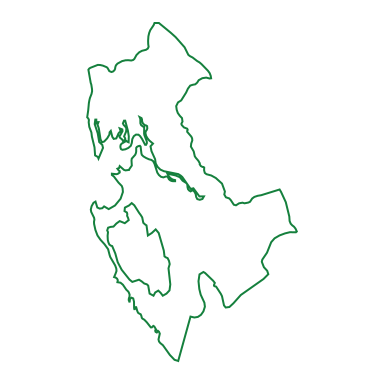 Darién, Robinson projection
{"feature_id": "PAN-1418", "entity_name": "Darién", "entity_type": "Province", "adm_level": 1, "iso_a3": "PAN", "parent_name": "Panama", "parent_adm1": "", "projection": "robinson", "projection_center": [-78.04, 8.154], "detail": "fine", "context": "isolated", "style": "outline", "palette": "green", "viewbox_px": 384, "rotation_deg": 0, "n_neighbors": 0, "source": "natural_earth", "source_scale": "10m", "svg_char_len": 6015}
<svg xmlns="http://www.w3.org/2000/svg" viewBox="0 0 384 384"><path d="M279.6,189.5L281.1,192.0L285.8,202.2L289.3,216.5L289.6,221.0L290.7,223.7L292.2,225.3L294.0,226.7L295.5,228.6L296.8,231.5L295.9,232.3L289.9,232.2L285.0,233.4L279.6,235.4L274.6,238.3L271.2,242.2L267.0,252.7L262.3,259.6L261.8,261.8L263.9,267.2L267.2,270.8L268.3,274.2L263.5,279.0L240.8,295.0L233.4,303.3L229.4,307.0L225.7,307.5L224.0,305.4L222.0,296.2L220.8,293.8L216.3,286.9L215.9,286.5L214.5,286.2L214.0,285.7L214.0,285.0L214.8,282.9L213.2,280.8L205.1,273.0L203.4,272.0L199.5,274.4L198.5,281.2L199.3,289.0L200.7,294.7L204.4,302.7L204.9,306.7L203.4,311.4L201.0,314.8L197.9,316.9L194.4,317.5L190.5,316.6L178.2,361.0L174.5,359.8L169.9,355.0L162.9,345.2L160.3,343.1L159.0,341.5L158.5,339.4L159.8,333.7L159.0,331.8L158.1,331.0L156.8,332.5L155.6,331.9L155.2,330.8L155.5,329.8L156.3,329.9L154.3,326.5L153.3,325.9L151.8,327.4L150.8,327.4L146.8,322.3L144.3,319.7L142.4,318.6L141.8,317.8L141.4,316.0L140.7,314.3L139.1,313.5L138.0,312.7L137.2,310.8L136.2,307.2L135.2,307.2L134.5,309.9L134.1,308.1L134.0,301.7L133.2,298.4L131.5,297.7L129.9,299.1L129.6,302.4L128.7,300.0L128.9,298.3L129.5,296.7L129.6,294.6L128.9,292.7L128.3,291.6L126.3,289.7L122.9,284.7L120.5,282.7L117.4,282.2L117.8,280.2L117.1,278.7L115.7,277.6L114.1,277.1L115.6,273.5L116.5,271.0L116.3,268.6L115.2,265.5L110.3,257.1L109.6,255.0L108.1,249.2L104.5,244.2L100.5,239.8L97.5,235.5L95.4,229.9L94.1,224.0L94.0,221.8L94.4,219.7L94.1,217.8L91.2,211.9L90.8,209.6L91.6,206.2L93.5,202.8L95.5,201.6L97.3,207.5L99.7,208.6L102.3,208.2L104.1,206.4L108.7,209.1L115.0,205.5L120.6,198.7L122.9,192.0L122.6,188.3L121.8,186.0L118.5,182.6L113.8,176.4L111.9,175.0L111.9,173.7L116.3,174.2L117.7,173.9L119.7,172.5L119.7,171.2L118.8,170.6L117.4,168.7L119.1,168.0L119.7,166.1L124.0,169.9L125.5,170.4L129.1,169.9L129.3,169.2L131.8,165.6L131.5,160.5L131.8,158.6L135.2,154.8L135.9,153.1L136.2,151.5L136.2,147.9L136.9,146.9L138.4,146.1L139.9,145.8L140.6,146.6L141.4,153.3L141.8,154.8L143.4,156.4L146.1,158.0L149.0,159.3L151.3,159.9L153.1,161.1L154.5,163.8L157.3,172.6L158.9,175.0L161.0,176.8L163.4,177.4L165.9,176.5L167.6,176.6L168.9,179.2L170.0,180.2L171.4,180.9L172.9,181.2L175.1,181.2L175.1,180.1L172.6,179.5L170.3,178.0L168.5,175.9L167.4,173.7L175.5,175.4L179.8,177.2L182.6,180.7L186.4,183.1L187.3,184.4L187.5,187.1L188.0,189.1L189.0,190.4L190.6,191.4L192.4,190.2L194.2,191.4L195.6,193.9L196.2,197.0L197.3,199.1L199.8,199.8L202.4,199.0L203.9,196.4L199.4,196.4L193.4,188.3L190.6,188.9L182.3,177.0L180.7,175.6L178.3,174.1L163.9,171.2L160.4,169.6L157.6,166.9L155.7,163.4L155.1,159.2L151.5,151.2L150.5,146.3L153.0,143.6L149.3,140.5L147.5,138.3L146.1,135.9L145.4,132.9L145.9,131.1L146.8,129.9L147.3,128.4L147.1,126.1L146.2,125.5L144.7,125.1L142.9,123.4L142.1,121.3L142.0,119.5L141.5,118.1L139.6,117.1L140.3,118.8L140.4,123.4L141.2,125.2L143.4,126.8L144.2,126.9L144.1,133.6L144.4,135.2L146.7,141.1L146.9,143.1L146.1,144.8L145.1,144.8L142.1,139.0L140.1,136.1L138.5,134.7L136.0,134.6L133.8,136.2L132.3,139.1L131.8,142.9L130.8,145.8L128.4,147.9L125.4,149.3L122.4,149.8L121.1,149.2L120.5,147.8L120.4,146.1L120.7,144.8L121.7,143.6L126.4,140.9L127.4,141.8L128.6,142.3L128.8,136.3L127.9,130.7L125.2,120.7L124.0,120.7L122.9,123.4L123.7,125.0L125.2,126.5L126.4,128.4L126.1,131.6L124.1,136.4L125.2,138.4L125.2,139.8L122.9,140.9L122.2,139.5L120.3,138.0L119.7,137.3L119.2,135.7L120.1,135.5L122.5,131.1L122.3,129.4L119.7,128.4L120.5,130.7L120.2,131.8L119.3,132.4L118.5,133.4L116.3,138.4L113.7,138.9L112.3,136.8L110.8,130.9L109.6,132.3L109.4,134.6L107.2,138.3L104.2,141.5L101.9,142.3L100.5,139.2L98.8,128.3L97.5,124.6L98.5,122.1L97.5,122.1L97.5,123.4L96.3,123.4L96.3,119.6L95.3,119.6L94.7,124.1L97.7,133.2L99.2,142.0L102.3,144.9L103.0,147.9L98.5,158.6L97.9,157.0L95.1,155.4L94.5,147.3L91.9,136.6L91.4,132.5L89.3,126.9L88.7,122.3L88.9,119.9L88.3,118.5L87.2,117.3L88.2,110.4L88.9,102.9L89.4,100.2L89.9,98.1L91.5,94.0L92.1,91.2L92.0,89.0L91.3,84.6L90.7,82.8L88.4,69.7L89.2,68.6L90.4,67.8L97.8,64.9L100.1,65.0L102.8,65.6L106.7,67.2L107.7,68.2L109.3,71.1L111.4,72.0L112.9,71.6L114.4,70.3L115.1,68.8L115.3,67.2L115.9,65.4L117.5,63.6L122.1,61.1L125.5,60.3L128.2,60.2L131.3,60.5L133.1,60.0L134.3,59.0L136.5,55.0L139.2,52.3L142.0,50.8L146.0,49.8L147.8,48.6L148.6,46.8L148.2,44.1L148.1,40.8L148.4,36.3L149.2,32.9L150.3,30.1L153.6,25.2L154.5,23.0L158.9,23.0L170.7,32.7L175.6,37.1L184.6,47.3L188.3,54.8L189.9,56.1L192.6,57.5L197.1,61.0L199.5,62.4L201.5,64.1L207.9,70.7L209.7,73.2L210.7,75.8L211.1,78.3L209.6,78.5L206.2,77.6L202.3,78.2L198.7,80.2L197.2,82.6L195.3,84.3L192.7,84.8L190.2,85.6L187.9,88.7L186.1,92.6L181.2,100.4L178.0,102.4L176.2,106.1L176.7,109.8L177.8,113.0L179.8,115.8L182.0,118.1L182.5,121.6L181.4,123.7L181.5,124.5L181.9,125.2L183.9,127.4L187.2,128.7L187.7,129.9L187.2,130.8L187.2,131.8L191.3,136.6L192.1,138.3L192.3,140.4L191.2,143.6L190.9,146.6L193.7,151.4L194.8,156.3L195.8,157.8L198.3,160.7L199.8,163.3L199.7,164.3L200.8,166.0L202.4,166.9L203.4,167.0L204.2,167.5L204.1,170.3L204.8,172.9L206.5,174.2L211.3,175.5L215.8,178.0L222.0,183.6L224.9,191.5L224.3,194.5L225.9,197.3L229.2,198.4L230.7,200.0L233.8,204.7L236.0,205.3L239.1,203.3L242.5,202.7L244.5,203.3L248.2,202.6L250.0,201.8L252.2,198.5L254.4,196.9L257.7,195.8L261.2,195.2L279.6,189.5ZM147.9,235.5L146.5,225.4L144.9,224.3L143.3,222.8L142.2,217.4L140.7,215.0L139.2,213.0L134.3,205.3L131.7,203.1L129.0,205.5L124.9,207.6L124.5,211.1L126.9,212.5L127.3,214.1L127.1,215.8L128.1,218.0L128.7,220.1L124.8,223.2L119.7,221.1L116.4,223.5L113.5,226.6L110.6,226.9L108.1,227.7L107.2,230.4L108.0,232.1L107.6,235.8L107.8,240.0L108.4,242.4L109.4,244.6L111.0,245.7L112.2,246.1L115.3,253.5L117.7,262.2L121.7,269.8L129.5,279.6L132.3,281.9L139.0,279.7L141.7,281.4L144.2,283.5L146.8,284.3L148.2,285.6L149.6,293.6L153.5,295.7L155.2,292.5L158.3,290.6L160.6,292.8L162.8,295.7L166.5,293.6L169.5,290.4L170.3,284.4L168.5,268.3L169.7,264.1L169.0,260.9L167.6,258.1L166.1,257.5L164.5,256.4L163.8,250.6L158.7,233.0L155.7,229.4L151.8,233.0L147.9,235.5Z" fill="none" stroke="#15803d" stroke-width="2"/></svg>